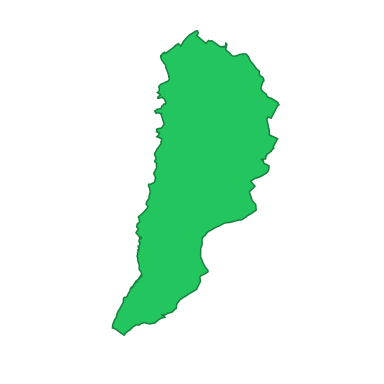 Calinesti, Arges, Romania (Robinson projection), rotated 196°
{"feature_id": "2599482B19078285057883", "entity_name": "Calinesti", "entity_type": "district", "adm_level": 2, "iso_a3": "ROU", "parent_name": "Romania", "parent_adm1": "Arges", "projection": "robinson", "projection_center": [25.03, 44.892], "detail": "fine", "context": "isolated", "style": "filled", "palette": "green", "viewbox_px": 384, "rotation_deg": 196, "n_neighbors": 0, "source": "geoboundaries", "source_scale": "gbopen_adm2", "svg_char_len": 5979}
<svg xmlns="http://www.w3.org/2000/svg" viewBox="0 0 384 384"><g transform="rotate(196 192 192)"><path d="M200.5,344.5L200.1,341.8L200.5,340.5L201.6,340.7L201.7,340.3L202.0,340.0L202.3,339.9L203.2,340.2L203.4,339.8L204.2,339.4L206.3,339.8L207.6,340.2L208.6,340.9L209.6,341.1L214.7,342.9L215.3,342.7L216.3,341.9L217.9,342.2L219.3,339.3L219.5,338.7L230.6,343.6L229.9,345.1L230.0,346.7L230.9,348.1L231.5,348.4L232.4,348.0L237.7,342.2L239.3,339.5L241.8,334.2L242.9,329.2L246.1,330.9L248.6,327.8L248.3,327.6L255.8,317.8L257.1,318.7L258.6,316.6L258.9,315.8L259.1,314.1L259.6,314.2L259.4,313.2L257.8,310.9L253.7,307.5L252.8,307.3L252.3,306.6L252.0,305.5L251.1,303.9L249.4,301.8L247.8,299.7L247.1,298.3L246.3,297.4L246.1,296.1L245.0,295.3L245.1,292.9L245.4,292.3L246.0,291.7L247.8,290.4L248.6,289.4L251.6,287.0L252.8,284.9L252.8,283.8L251.9,282.3L251.6,280.8L251.7,279.0L252.7,278.1L249.1,276.8L249.5,275.9L250.3,275.0L251.0,273.7L250.8,272.8L249.6,272.8L249.4,273.2L246.8,274.7L246.2,274.4L245.1,274.2L243.7,273.3L243.0,272.4L242.6,271.5L242.0,271.4L241.6,270.2L241.9,268.9L243.1,269.0L243.5,267.9L244.6,266.4L244.8,264.1L245.0,263.4L245.9,263.1L247.8,262.2L248.6,261.4L248.6,261.0L250.1,259.8L249.1,258.5L248.2,257.7L247.5,258.3L246.2,258.8L244.1,258.7L242.9,259.0L242.8,258.6L243.1,258.0L237.4,249.5L238.4,247.0L238.6,245.6L239.7,244.6L241.9,243.7L243.0,243.0L243.2,242.5L243.1,241.9L242.7,241.4L242.9,241.0L242.8,240.1L242.1,240.1L241.4,239.7L239.7,239.9L239.4,239.5L239.8,238.9L239.9,237.5L240.4,236.4L241.1,235.4L239.9,235.3L239.9,235.6L238.0,235.0L235.8,235.0L235.5,232.7L235.7,231.2L235.1,230.3L235.0,229.5L235.8,228.1L236.8,225.0L237.3,224.2L238.1,220.2L238.6,218.8L238.2,217.4L237.2,216.5L236.6,215.5L236.0,214.2L235.5,213.5L235.7,212.8L236.2,212.5L236.2,211.8L236.5,211.5L236.0,210.7L233.6,209.6L233.6,207.8L232.8,205.7L232.8,204.4L233.4,203.0L233.3,202.2L233.9,200.5L233.8,198.8L232.6,197.9L231.2,196.0L231.0,195.2L230.7,191.8L231.1,190.8L233.0,188.8L233.6,188.3L235.8,187.5L235.5,185.7L234.1,184.3L233.2,182.8L232.3,180.8L232.1,178.9L232.2,178.2L232.2,177.1L231.7,173.7L231.9,172.8L232.6,171.0L233.0,169.5L232.7,167.6L230.4,165.9L230.4,164.9L230.8,163.7L233.3,158.6L236.7,153.1L236.0,152.6L234.8,150.1L234.4,149.7L234.2,149.0L234.3,148.3L235.5,146.8L235.8,146.1L235.7,143.8L235.6,143.2L235.3,142.9L234.1,142.5L233.4,140.7L234.1,139.4L234.6,137.7L234.5,137.2L232.2,135.9L231.4,135.1L229.5,134.3L228.8,134.7L228.1,133.8L228.3,133.3L228.9,133.6L229.7,133.1L229.4,132.8L228.7,132.6L228.8,132.3L229.4,131.8L229.7,131.0L229.2,130.1L229.3,129.4L228.3,129.3L228.2,128.4L227.7,127.6L227.7,126.9L228.1,126.2L227.9,125.6L228.9,124.9L228.7,124.5L228.1,124.0L227.3,123.8L227.5,122.9L227.5,122.4L227.2,122.2L228.1,121.6L228.1,121.3L227.1,120.4L227.7,118.9L227.2,117.1L227.2,115.2L226.0,113.7L225.3,111.2L224.4,110.0L223.9,108.9L223.0,108.3L222.8,107.5L222.3,107.0L222.2,105.6L221.5,103.1L218.7,101.0L217.8,99.3L217.8,98.9L218.1,98.1L217.4,98.0L217.2,98.1L217.0,97.7L217.5,97.2L218.1,97.1L218.1,96.7L218.3,96.6L218.0,96.4L218.3,96.0L218.1,95.7L218.4,95.5L218.8,95.5L219.2,94.8L219.1,94.6L218.6,94.7L218.5,94.3L219.3,93.8L219.2,93.2L219.9,92.9L220.3,92.4L220.6,91.5L220.5,91.3L220.7,91.2L220.4,90.9L220.8,90.9L221.3,90.6L220.9,90.2L221.8,89.3L221.6,88.6L222.0,88.4L222.3,87.1L222.5,86.9L222.8,86.0L222.3,85.1L222.4,84.9L222.9,84.9L223.5,84.3L223.5,84.2L223.1,84.2L223.0,83.7L223.4,83.7L223.6,83.4L224.1,83.5L224.1,82.9L224.3,82.5L224.1,82.5L224.1,81.8L224.5,81.5L224.4,79.6L225.0,77.8L225.6,74.6L225.6,73.7L226.3,72.7L228.1,72.0L228.5,71.2L228.5,70.7L228.0,68.8L227.7,67.0L227.8,66.1L228.2,64.9L228.2,63.9L228.7,62.1L229.1,61.1L229.0,60.1L229.8,58.3L230.0,57.7L230.4,54.9L230.3,53.8L230.6,53.3L230.2,50.7L230.6,49.2L231.1,48.3L231.3,47.3L231.5,45.3L231.3,44.9L231.5,44.3L231.7,43.0L231.5,41.3L231.1,41.2L230.9,40.2L231.1,39.8L231.1,39.4L227.8,39.2L217.8,35.6L217.3,36.6L217.4,37.1L217.1,37.8L215.0,40.8L213.6,42.3L213.2,43.0L213.2,43.3L212.6,44.1L211.5,46.2L210.2,47.4L209.7,48.4L209.3,48.9L206.5,49.4L205.8,49.8L204.6,51.6L203.5,52.1L201.7,53.4L201.4,53.5L199.5,53.2L197.3,53.5L196.3,53.5L192.0,55.7L191.2,56.3L190.7,57.3L189.8,58.5L188.8,60.1L187.5,61.6L184.4,63.7L183.4,64.1L183.6,64.3L186.6,65.3L187.0,65.7L184.2,66.3L181.6,69.0L180.8,69.2L177.9,71.2L176.1,74.6L175.0,75.8L175.1,76.8L175.5,77.6L175.7,80.4L173.6,85.6L168.1,91.6L168.2,91.8L160.8,99.6L159.2,108.6L161.0,112.0L160.2,114.2L157.4,116.5L154.7,119.5L154.9,120.9L158.9,123.7L161.5,126.5L166.0,132.3L168.2,140.7L167.7,143.5L168.4,146.5L168.4,147.2L168.9,147.7L169.3,148.7L169.3,150.6L168.6,152.3L167.6,153.7L166.3,157.1L165.1,158.9L164.0,159.7L160.8,163.2L158.8,165.2L157.9,165.9L156.6,166.7L153.1,170.3L151.9,171.2L150.4,172.0L148.1,172.8L145.7,174.0L142.4,176.1L138.8,178.2L137.7,178.4L136.2,179.4L135.0,180.5L133.9,182.1L133.3,182.5L132.6,184.0L128.9,187.8L125.3,192.3L127.3,197.5L131.7,200.3L136.9,207.9L133.0,214.9L138.5,218.5L135.7,222.0L132.0,224.4L129.1,227.0L125.6,230.7L124.9,232.0L124.4,234.5L125.0,238.2L126.3,238.4L127.5,239.1L129.9,239.0L130.3,239.2L131.1,239.8L131.5,240.7L132.1,241.5L134.1,242.4L133.7,242.7L132.9,243.0L132.0,243.1L131.4,242.9L131.8,243.2L131.8,243.6L130.4,244.1L130.6,244.4L130.4,245.4L130.9,246.1L131.0,246.5L130.3,247.3L130.4,248.7L130.2,249.3L129.5,249.8L128.8,250.5L128.4,251.4L127.0,252.9L127.4,253.6L126.3,254.9L125.6,256.5L125.4,256.7L126.4,257.6L124.4,266.9L133.3,268.2L134.7,272.4L139.8,281.9L140.3,283.1L139.9,283.7L139.5,285.1L136.3,284.7L133.5,298.4L132.4,299.8L134.5,301.9L141.8,304.0L144.2,303.8L145.9,304.5L147.0,305.5L147.5,306.4L151.4,308.0L153.2,309.2L154.5,310.9L154.3,317.0L153.8,317.8L153.5,318.7L154.4,320.6L155.5,321.7L158.7,322.8L160.0,324.4L160.5,326.7L163.4,327.8L169.1,332.2L171.9,333.9L175.1,337.7L178.0,339.5L181.1,338.9L181.1,338.3L183.4,337.7L184.9,336.8L185.7,336.0L187.2,335.0L188.6,334.3L190.1,333.9L191.5,334.2L194.2,336.0L198.4,337.7L199.1,339.4L199.1,343.0L199.6,344.0L200.1,344.4L200.5,344.5Z" fill="#22c55e" stroke="#15803d" stroke-width="1.5"/></g></svg>